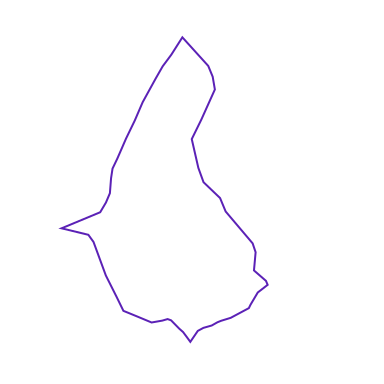 Nyiragongo, Nord-Kivu, Democratic Republic of the Congo, rotated 293°
{"feature_id": "63176286B84996923503616", "entity_name": "Nyiragongo", "entity_type": "district", "adm_level": 2, "iso_a3": "COD", "parent_name": "Democratic Republic of the Congo", "parent_adm1": "Nord-Kivu", "projection": "robinson", "projection_center": [29.271, -1.55], "detail": "fine", "context": "isolated", "style": "outline", "palette": "violet", "viewbox_px": 384, "rotation_deg": 293, "n_neighbors": 0, "source": "geoboundaries", "source_scale": "gbopen_adm2", "svg_char_len": 805}
<svg xmlns="http://www.w3.org/2000/svg" viewBox="0 0 384 384"><g transform="rotate(293 192 192)"><path d="M136.1,297.9L139.1,294.8L144.0,279.7L161.4,274.1L168.4,267.9L187.2,230.6L197.4,220.2L205.5,198.8L216.7,188.4L240.6,171.1L262.3,172.3L295.3,173.0L306.2,166.0L314.4,157.7L330.6,122.7L310.3,119.3L296.3,115.9L282.0,114.2L255.4,111.5L235.5,111.4L215.3,110.4L202.7,110.3L193.6,110.2L182.5,109.7L173.1,112.1L158.8,116.9L148.7,116.9L137.5,115.4L107.6,86.1L112.1,113.3L107.5,120.9L89.6,137.7L81.5,145.3L65.8,163.8L55.8,175.3L55.9,182.1L56.0,190.9L56.1,205.8L62.0,214.9L65.5,219.2L65.7,222.9L61.2,233.7L59.6,238.5L55.5,245.5L53.4,249.0L66.4,251.6L71.4,255.6L76.8,262.3L82.0,266.3L84.8,269.1L91.3,276.8L107.3,289.7L111.1,289.9L125.2,291.8L136.1,297.9Z" fill="none" stroke="#5b21b6" stroke-width="2"/></g></svg>